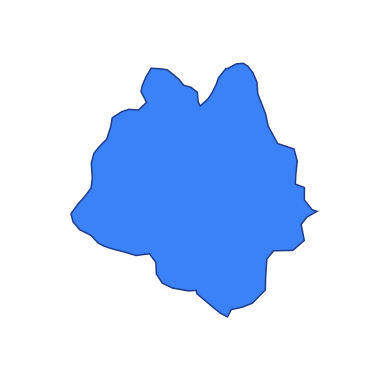 Ulricehamn, Västra Götaland, Sweden, rotated 327°
{"feature_id": "70781695B39673713776629", "entity_name": "Ulricehamn", "entity_type": "district", "adm_level": 2, "iso_a3": "SWE", "parent_name": "Sweden", "parent_adm1": "Västra Götaland", "projection": "albers", "projection_center": [13.518, 57.833], "detail": "fine", "context": "isolated", "style": "filled", "palette": "blue", "viewbox_px": 384, "rotation_deg": 327, "n_neighbors": 0, "source": "geoboundaries", "source_scale": "gbopen_adm2", "svg_char_len": 1202}
<svg xmlns="http://www.w3.org/2000/svg" viewBox="0 0 384 384"><g transform="rotate(327 192 192)"><path d="M287.8,106.9L276.5,110.6L270.7,115.1L261.7,120.3L255.3,122.9L245.7,124.2L246.3,119.7L250.8,111.3L248.2,103.7L243.1,97.9L242.4,90.2L237.9,76.1L232.8,71.6L225.1,65.9L216.1,70.4L208.4,75.5L203.9,80.0L202.7,92.1L191.8,94.1L184.1,88.3L177.0,86.4L166.7,86.3L165.5,86.3L159.7,92.7L149.4,101.1L138.5,103.6L130.8,106.1L123.1,113.2L116.0,126.0L109.5,133.7L99.2,137.5L89.6,140.0L80.9,143.5L78.6,144.4L76.0,152.1L77.2,162.4L83.6,173.4L85.5,183.7L88.7,189.5L94.4,196.6L102.8,205.7L110.5,214.8L122.7,220.6L123.3,231.6L117.5,241.2L117.4,252.2L123.4,262.0L135.3,273.1L141.9,276.8L140.7,280.0L144.6,292.8L149.7,309.0L153.7,316.1L160.8,312.0L171.9,316.1L182.0,318.1L200.2,314.1L206.3,305.0L212.3,296.9L218.4,288.8L228.5,285.8L236.6,290.8L244.7,295.9L259.8,293.8L265.9,278.6L275.0,275.6L286.3,276.3L283.1,272.3L281.9,259.8L288.7,249.6L283.0,241.6L289.2,233.1L297.1,223.4L301.0,211.5L290.2,198.0L291.8,178.2L295.8,167.7L296.3,166.3L298.0,158.3L300.7,145.3L306.3,135.2L308.0,125.5L307.4,117.1L305.1,112.0L298.9,108.7L292.1,108.1L288.2,107.6L287.8,106.9Z" fill="#3b82f6" stroke="#1e3a8a" stroke-width="1.5"/></g></svg>